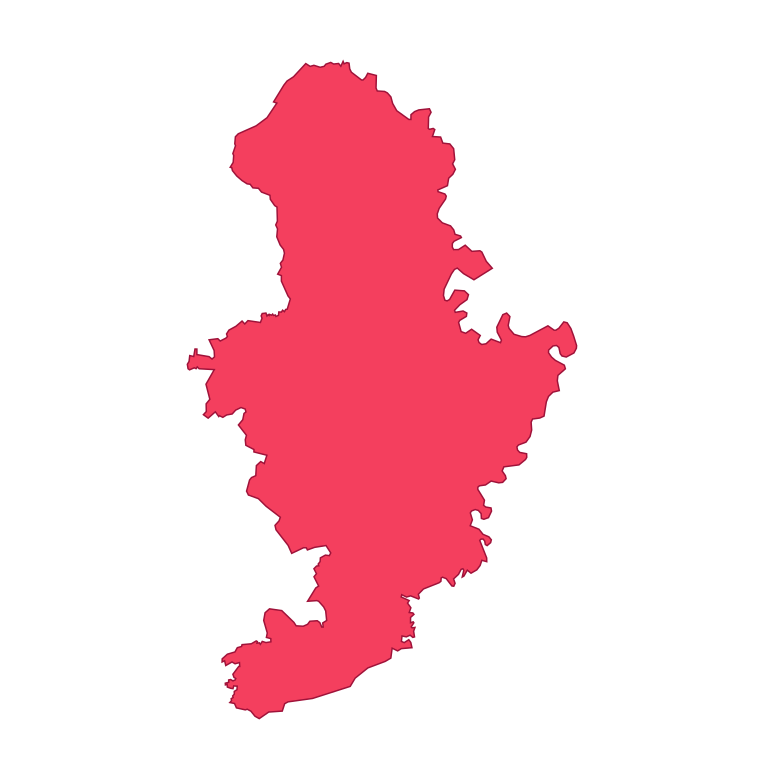 Nong Cong, Thanh Hóa, Vietnam, rotated 356°
{"feature_id": "81297802B57234015442712", "entity_name": "Nong Cong", "entity_type": "district", "adm_level": 2, "iso_a3": "VNM", "parent_name": "Vietnam", "parent_adm1": "Thanh Hóa", "projection": "orthographic", "projection_center": [105.661, 19.616], "detail": "fine", "context": "isolated", "style": "filled", "palette": "rose", "viewbox_px": 768, "rotation_deg": 356, "n_neighbors": 0, "source": "geoboundaries", "source_scale": "gbopen_adm2", "svg_char_len": 6127}
<svg xmlns="http://www.w3.org/2000/svg" viewBox="0 0 768 768"><g transform="rotate(356 384 384)"><path d="M396.7,88.2L397.9,75.7L389.5,72.9L387.0,76.9L384.2,79.3L382.7,79.1L373.2,70.7L371.8,67.3L371.5,61.5L369.3,60.8L366.5,61.8L365.7,59.3L363.1,64.0L361.1,61.1L356.1,61.3L353.3,59.5L348.3,60.9L346.5,62.9L342.4,63.6L336.3,61.2L332.5,62.0L328.3,58.9L315.2,71.2L308.4,75.0L305.0,78.8L293.5,94.9L296.7,96.3L285.9,110.2L274.3,117.6L256.1,124.2L253.0,127.0L251.9,134.0L252.5,135.9L249.3,143.6L250.0,145.6L249.0,152.4L245.7,157.1L247.2,157.6L247.7,160.6L251.6,166.2L256.6,171.2L261.4,174.8L264.4,175.4L266.9,179.2L272.4,180.0L275.2,184.0L283.4,187.8L283.5,191.9L287.4,198.4L289.6,200.0L289.0,214.1L287.1,217.8L288.6,221.8L287.3,229.7L290.1,238.1L293.2,242.7L293.8,246.6L291.8,253.3L289.0,256.4L289.9,260.4L285.6,267.0L289.2,268.7L288.8,274.2L294.4,289.5L296.5,292.6L292.7,302.6L291.1,302.8L289.7,304.9L288.0,303.3L286.7,305.1L284.1,304.8L283.5,308.2L280.9,309.1L280.5,307.6L278.5,307.9L277.8,306.5L276.6,307.5L274.4,306.5L274.1,307.6L273.2,306.9L272.0,308.0L271.2,305.0L267.4,305.2L266.2,307.5L266.9,309.9L265.0,314.0L252.7,311.3L249.3,314.4L246.8,311.3L240.3,316.1L233.1,319.4L230.4,323.1L231.1,325.7L229.5,327.2L223.6,329.7L221.4,327.2L212.6,327.7L216.9,338.8L216.8,345.1L214.2,347.1L211.4,344.5L199.4,341.6L199.8,336.1L197.9,335.9L196.1,343.3L192.2,342.1L191.1,347.9L189.2,350.6L189.6,355.1L191.0,356.3L195.9,354.6L197.6,355.6L198.9,353.9L200.7,355.9L215.7,357.8L206.4,371.8L209.2,387.1L205.2,391.4L204.8,399.1L201.7,402.0L202.5,402.7L206.2,405.8L213.8,400.0L216.9,404.9L217.5,404.1L220.9,406.0L224.9,403.9L230.5,403.3L234.2,399.7L239.7,397.5L243.8,399.3L244.3,402.3L242.3,403.6L240.6,409.8L235.9,414.7L243.2,425.6L241.7,430.0L241.9,435.5L249.7,440.3L249.5,442.7L262.2,446.9L259.0,455.0L255.6,452.8L251.0,456.5L249.7,466.5L245.3,468.1L243.2,470.4L239.4,481.3L241.0,485.3L250.7,489.6L257.8,497.7L271.3,509.7L269.7,513.3L265.4,517.4L266.1,521.9L277.1,538.3L280.1,546.5L292.4,541.7L295.1,542.0L296.0,544.2L303.4,542.1L314.9,541.1L319.1,548.8L317.5,551.4L313.6,550.6L308.4,553.0L307.9,556.7L305.8,559.0L306.2,560.8L304.0,560.9L301.2,563.4L303.4,568.5L300.7,571.4L304.7,581.0L301.7,582.7L292.6,595.4L301.9,595.4L303.7,596.2L308.3,602.2L310.0,606.3L310.3,615.9L306.2,618.1L306.4,622.2L305.0,622.2L303.3,617.5L300.9,615.5L293.5,615.5L291.0,618.4L286.5,620.0L279.5,619.1L277.5,615.5L266.2,602.9L254.1,600.3L249.4,603.9L247.5,611.5L250.2,624.2L249.0,628.6L253.3,630.1L253.2,633.3L248.2,633.7L244.6,632.3L242.5,635.1L241.6,633.5L239.2,633.7L239.7,632.1L238.6,631.4L233.5,633.9L224.2,634.1L223.6,635.9L219.3,636.8L216.6,640.9L208.9,642.6L203.4,646.9L203.1,650.0L205.7,649.0L206.5,653.8L213.0,650.7L215.9,652.7L220.4,651.8L220.4,655.7L219.4,655.6L213.0,663.0L213.9,666.3L215.6,667.4L214.9,668.8L212.6,669.6L210.4,668.1L208.4,668.4L208.3,670.7L204.8,671.4L204.8,673.1L206.6,672.7L206.6,675.4L209.9,676.9L212.1,677.4L213.0,674.7L216.5,675.2L216.0,678.7L213.2,680.2L213.0,683.0L211.3,684.6L211.6,686.3L209.6,687.2L209.8,689.3L208.0,691.0L212.6,692.3L214.2,696.8L222.9,699.4L224.9,698.9L228.4,701.1L232.1,706.4L236.2,709.1L246.1,703.2L259.7,703.2L262.6,696.0L266.1,694.4L290.8,692.7L329.2,683.3L334.7,675.4L348.1,666.1L365.9,660.8L371.7,657.9L373.7,648.1L379.0,651.2L382.8,649.2L393.5,649.0L392.7,643.7L390.9,640.8L386.1,643.4L383.4,642.0L384.4,636.6L388.6,637.8L392.5,636.4L395.1,638.8L396.8,638.4L396.3,632.7L397.9,629.0L395.0,629.2L394.2,628.2L397.1,624.3L396.5,623.3L393.8,624.0L394.2,618.7L397.8,615.9L396.8,614.4L393.2,613.7L395.2,609.1L392.2,604.2L394.0,601.8L386.3,597.7L387.0,595.4L391.6,598.1L395.8,597.2L403.5,600.9L404.3,600.0L403.6,596.1L409.1,591.2L425.1,586.1L427.0,584.8L427.5,581.5L428.8,580.8L432.5,582.5L437.6,590.2L439.5,590.6L441.0,587.8L439.8,583.3L445.0,579.1L448.0,574.3L449.8,573.8L450.6,575.3L448.6,582.0L450.3,581.2L454.1,575.5L457.6,578.8L463.6,575.9L467.2,571.8L469.3,566.7L474.1,568.4L474.3,564.7L468.6,546.7L469.9,545.5L472.1,545.6L473.5,547.7L473.9,551.2L475.6,552.4L479.3,549.7L480.2,546.9L478.0,543.8L472.3,540.9L468.6,535.5L460.1,531.4L462.7,525.7L461.1,518.6L462.4,516.8L466.2,515.6L469.3,516.7L471.8,520.0L471.8,524.9L474.2,525.9L478.9,524.6L482.4,518.3L482.1,515.1L476.9,513.8L474.9,512.0L476.1,506.9L470.2,495.6L470.4,493.5L472.1,492.2L478.2,491.8L484.1,488.3L491.6,490.6L495.5,490.4L499.2,487.0L498.7,483.9L495.8,479.0L497.8,475.0L513.0,474.1L519.9,469.2L521.3,467.1L521.4,463.5L514.6,461.7L512.6,459.2L512.2,456.0L513.9,454.2L521.6,451.9L526.0,446.6L528.1,440.2L528.1,432.4L529.7,429.3L537.1,428.8L541.4,427.2L544.7,413.1L547.2,407.9L551.9,403.9L558.4,402.8L557.1,392.9L558.1,387.5L566.0,381.5L565.2,377.8L556.6,372.4L553.0,368.8L550.3,364.3L550.6,361.6L555.3,357.8L558.8,357.6L561.0,359.7L561.9,366.0L563.5,368.5L567.7,369.8L575.6,366.3L578.4,361.8L578.8,359.1L576.5,349.3L574.3,341.7L571.0,335.7L567.7,334.6L562.3,340.6L559.2,342.3L557.5,342.2L551.6,337.4L533.0,345.7L528.5,346.8L524.7,346.3L517.2,343.5L512.7,337.4L512.0,334.2L514.3,325.5L511.3,321.8L507.4,323.1L500.5,335.2L500.6,340.2L504.2,348.4L503.1,350.9L494.0,346.7L488.6,351.0L484.2,351.4L481.7,349.3L480.9,346.5L483.4,342.3L475.2,335.5L469.0,339.1L464.6,337.1L462.7,327.8L464.0,325.8L470.9,322.3L471.6,319.0L468.0,316.7L460.1,317.5L459.5,315.4L465.2,310.2L472.7,305.6L474.5,300.8L470.7,296.7L461.2,295.3L455.3,304.3L452.7,305.5L450.6,304.7L449.5,299.9L450.6,293.6L458.9,278.9L462.3,274.6L465.2,273.5L471.0,279.4L481.0,286.3L500.1,276.1L494.6,268.8L490.8,259.2L489.0,257.8L480.9,257.8L474.7,251.2L467.7,255.1L462.8,254.8L461.7,252.2L462.0,248.6L463.8,246.5L471.4,243.3L470.7,241.7L465.3,239.6L464.3,235.1L461.4,230.9L453.4,227.3L449.0,222.2L449.0,218.0L451.3,212.6L458.3,203.8L459.2,200.9L458.0,198.7L451.3,195.9L451.2,194.2L461.1,190.6L462.9,183.2L467.3,179.6L470.2,174.8L467.8,169.2L470.2,165.2L469.9,154.1L466.4,149.1L459.5,147.8L457.7,141.6L449.6,140.5L452.4,133.7L450.9,132.5L447.2,133.1L446.0,132.2L447.1,120.7L449.9,116.2L448.5,112.6L437.8,113.0L433.5,114.4L429.7,117.2L429.3,122.0L427.2,121.8L415.8,112.3L412.2,104.8L410.9,98.1L407.7,93.9L405.0,92.2L397.7,91.2L396.7,88.2Z" fill="#f43f5e" stroke="#9f1239" stroke-width="1.5"/></g></svg>